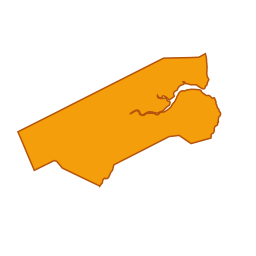 outline of Mbini, Litoral, Equatorial Guinea, rotated 153°
{"feature_id": "11065452B69337055746076", "entity_name": "Mbini", "entity_type": "district", "adm_level": 2, "iso_a3": "GNQ", "parent_name": "Equatorial Guinea", "parent_adm1": "Litoral", "projection": "mercator", "projection_center": [9.733, 1.591], "detail": "fine", "context": "isolated", "style": "filled", "palette": "amber", "viewbox_px": 256, "rotation_deg": 153, "n_neighbors": 0, "source": "geoboundaries", "source_scale": "gbopen_adm2", "svg_char_len": 4739}
<svg xmlns="http://www.w3.org/2000/svg" viewBox="0 0 256 256"><g transform="rotate(153 128 128)"><path d="M230.7,132.8L208.5,132.5L206.6,130.6L204.7,122.1L187.1,99.0L179.9,89.7L179.9,88.9L179.3,89.1L177.7,89.9L177.5,90.0L177.0,90.5L176.2,90.6L175.9,90.7L175.8,90.8L174.8,92.1L173.8,93.2L172.9,93.5L172.7,93.6L172.0,94.0L171.5,93.8L171.1,93.2L170.9,93.0L170.9,92.9L170.7,92.9L169.2,92.4L168.9,92.4L168.8,92.5L168.7,92.5L167.2,93.2L167.2,93.3L165.3,94.8L163.8,96.1L162.4,96.8L161.6,97.1L161.0,97.4L161.0,97.5L160.9,97.6L157.3,101.6L95.3,101.7L85.8,98.2L78.9,85.5L58.6,81.4L58.5,81.5L57.7,82.8L57.3,83.7L57.0,84.2L56.6,84.5L56.0,84.7L55.5,84.8L54.8,84.7L54.2,84.9L53.2,85.5L52.7,86.0L52.2,86.7L51.9,87.3L51.6,88.1L50.9,88.9L50.3,89.4L50.0,89.7L49.0,89.9L48.0,90.0L47.3,90.0L46.9,90.2L46.3,90.9L46.1,91.4L45.9,91.9L45.7,92.1L45.3,92.0L45.0,92.0L44.7,92.4L44.4,93.0L44.2,93.8L43.6,94.7L43.0,95.3L42.6,96.0L42.4,96.4L41.8,96.7L41.2,96.9L40.4,97.1L39.5,97.9L39.0,98.8L38.7,99.5L38.7,100.2L39.0,100.8L39.1,101.6L38.9,102.3L38.7,102.9L38.8,104.1L39.1,105.2L39.0,105.9L39.0,106.6L38.7,107.4L38.5,108.5L38.6,109.5L38.1,110.8L37.7,111.4L37.6,111.9L37.6,113.0L37.5,113.7L37.4,114.5L37.3,115.2L37.4,115.7L37.9,116.0L38.5,115.9L39.0,116.0L39.3,116.3L39.6,116.9L40.0,117.9L40.2,118.6L40.4,119.1L40.7,119.5L41.0,120.1L41.2,120.4L41.8,120.6L42.6,120.9L43.6,121.6L44.1,122.4L44.2,122.8L44.8,124.0L45.3,124.9L45.7,125.5L45.9,126.3L46.1,127.3L45.9,128.1L46.0,128.5L46.7,129.3L47.6,130.0L49.0,130.9L49.8,131.3L50.6,131.9L52.3,132.8L54.3,133.9L55.5,134.2L56.7,134.7L58.1,135.1L59.2,135.3L59.9,135.3L60.9,135.3L62.0,136.1L63.1,136.7L64.6,136.7L65.8,136.4L67.0,135.9L68.3,134.9L69.5,134.2L70.4,133.5L71.1,132.6L72.3,131.9L73.3,131.0L75.3,129.9L76.6,129.5L77.6,129.0L78.7,128.4L79.4,127.7L80.4,127.1L81.2,127.0L81.8,126.8L82.9,126.5L84.2,126.3L85.7,126.1L86.4,126.0L87.3,125.9L88.0,125.9L89.0,126.1L90.5,126.7L91.1,126.9L92.0,127.2L92.7,127.1L93.4,126.7L94.4,126.4L95.2,126.3L95.8,126.4L96.3,126.6L96.7,127.0L97.3,127.9L97.7,128.6L98.2,129.2L98.9,129.6L99.6,130.1L100.7,130.7L101.3,130.9L102.1,131.3L103.0,131.8L103.8,132.1L104.7,132.4L105.7,132.4L106.6,132.4L107.3,132.2L107.6,132.1L108.2,132.0L108.9,132.5L109.6,132.8L110.1,133.3L110.7,133.8L111.1,134.4L111.3,135.1L111.4,135.6L111.2,136.1L111.0,136.8L111.0,137.4L111.4,138.4L111.8,139.0L112.5,139.5L112.9,139.6L113.6,139.8L114.7,139.8L115.7,139.7L116.7,139.6L117.7,139.6L118.4,139.5L119.1,139.5L119.4,139.6L119.5,139.7L119.4,139.8L118.9,140.0L118.6,140.0L118.2,139.9L117.6,140.0L116.4,140.3L115.2,140.3L114.4,140.3L113.5,140.3L112.6,140.2L111.7,139.8L110.9,139.2L110.5,138.3L110.3,138.0L110.3,137.5L110.4,137.0L110.5,136.5L110.6,135.6L110.5,134.8L110.1,134.3L109.7,133.7L109.2,133.2L108.7,132.9L108.0,132.7L107.1,133.1L106.3,133.2L104.9,133.2L103.0,133.2L102.3,133.1L101.3,132.6L100.4,132.1L99.7,131.7L99.2,131.4L98.4,130.5L97.3,129.7L96.1,128.5L94.5,127.8L93.6,127.8L92.6,127.9L91.4,127.8L90.9,127.6L90.0,127.4L89.2,127.7L88.8,127.7L88.2,127.6L86.9,128.3L85.8,128.5L84.2,129.1L82.9,129.2L81.8,129.5L81.0,129.5L80.3,130.0L79.6,130.8L78.8,131.8L78.9,132.8L79.7,133.3L80.3,134.0L80.6,134.6L80.5,135.7L80.5,136.7L81.0,137.4L81.6,137.9L82.3,138.4L83.6,138.5L84.7,139.0L85.7,139.6L86.9,140.8L87.4,141.1L87.6,141.9L87.5,142.5L87.3,143.2L86.9,143.7L86.8,142.6L86.8,141.9L86.4,141.1L86.0,140.8L85.0,139.8L84.5,139.8L83.8,139.8L83.3,140.3L82.9,140.7L82.1,140.8L81.6,140.5L81.2,139.9L80.3,138.7L79.7,137.9L79.4,136.7L79.1,136.0L78.7,135.0L78.4,134.5L78.1,134.3L77.5,134.3L76.3,134.5L75.8,134.6L74.9,134.7L73.8,135.0L73.1,135.1L72.5,135.2L72.2,135.8L72.1,136.8L72.1,137.3L71.9,137.7L71.4,138.4L70.5,139.1L69.8,139.3L68.7,139.4L67.9,139.4L67.0,139.5L66.3,140.0L65.8,140.6L64.7,141.3L64.4,141.4L63.8,141.6L63.1,141.9L61.9,142.0L60.6,142.0L59.7,141.8L59.2,141.7L58.6,141.8L58.0,141.9L57.6,142.4L57.5,142.6L57.4,142.8L57.7,143.1L58.1,143.7L58.1,144.0L57.9,144.3L57.7,144.2L57.2,143.7L56.9,143.5L56.6,143.2L56.5,142.7L56.9,142.1L57.0,141.7L55.8,140.9L54.7,140.1L53.6,139.3L53.0,138.5L52.4,137.9L51.9,137.7L50.8,137.2L49.7,136.7L48.7,136.1L47.5,135.4L47.1,134.7L46.7,133.7L46.0,132.6L45.4,131.5L45.0,130.9L44.5,130.2L43.9,129.3L42.9,128.5L42.2,128.3L41.2,128.8L40.4,129.6L39.6,130.2L39.0,130.2L38.7,130.2L37.9,130.9L37.2,131.6L36.8,132.2L35.8,133.2L34.4,134.0L34.0,134.5L33.9,135.3L34.0,136.0L34.0,137.2L33.9,138.2L33.6,139.4L33.3,140.1L33.0,140.9L32.7,141.6L32.2,142.2L31.5,143.5L31.0,144.5L30.1,146.0L29.6,147.1L28.9,148.8L28.3,150.2L27.9,151.5L27.3,152.5L26.8,153.6L26.4,155.1L26.0,156.2L25.8,157.0L25.7,157.8L25.3,159.1L32.8,158.9L40.8,162.6L64.6,174.1L131.5,174.3L132.3,174.3L169.3,174.4L169.5,174.4L187.1,174.4L227.8,174.6L228.6,162.6L229.6,149.3L230.7,132.8Z" fill="#f59e0b" stroke="#b45309" stroke-width="1.5"/></g></svg>